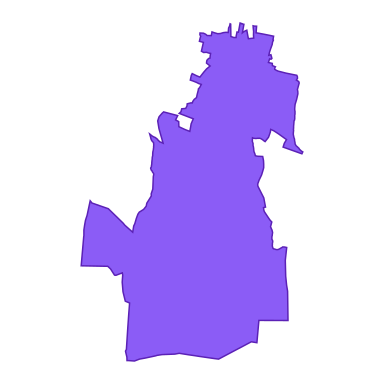 Tixcacalcupul, Yucatán, Mexico (Robinson projection)
{"feature_id": "50627088B72641444034530", "entity_name": "Tixcacalcupul", "entity_type": "district", "adm_level": 2, "iso_a3": "MEX", "parent_name": "Mexico", "parent_adm1": "Yucatán", "projection": "robinson", "projection_center": [-88.305, 20.412], "detail": "fine", "context": "isolated", "style": "filled", "palette": "violet", "viewbox_px": 384, "rotation_deg": 0, "n_neighbors": 0, "source": "geoboundaries", "source_scale": "gbopen_adm2", "svg_char_len": 5765}
<svg xmlns="http://www.w3.org/2000/svg" viewBox="0 0 384 384"><path d="M288.0,320.5L287.6,291.2L286.6,285.1L285.7,276.2L285.3,260.5L285.5,258.5L286.7,247.5L284.9,247.1L284.3,247.0L283.6,247.0L282.8,246.9L282.5,247.1L281.8,247.6L280.4,248.3L279.9,248.7L279.1,249.1L278.4,249.4L277.8,249.6L277.4,249.6L276.4,249.6L275.7,249.4L275.3,249.3L274.9,249.1L274.6,249.0L273.8,248.9L273.5,248.8L273.1,248.5L272.4,246.4L272.3,245.7L272.4,244.7L272.4,243.4L272.7,242.0L272.7,240.9L272.3,239.9L271.9,239.4L271.9,238.1L271.9,236.8L271.9,236.5L272.2,235.8L272.3,234.5L272.5,233.3L272.6,232.5L272.5,232.0L272.2,231.0L272.2,230.7L272.0,230.2L271.8,229.5L271.3,228.7L271.1,227.9L270.9,227.6L270.8,227.4L270.5,226.8L270.6,226.5L271.8,222.0L270.2,220.3L269.7,219.6L268.9,218.5L264.5,211.9L264.1,210.9L263.8,210.1L263.7,208.8L263.5,207.6L265.5,207.1L263.8,197.9L259.4,189.2L257.9,186.2L257.7,184.7L257.9,183.3L258.2,182.7L258.5,181.8L259.0,180.4L259.6,179.1L261.6,174.9L262.7,171.3L263.0,170.3L263.7,167.7L263.7,164.0L263.5,160.5L263.2,159.0L262.7,156.5L259.2,156.3L258.5,156.3L258.3,156.3L258.2,156.3L257.4,156.2L256.4,156.0L255.3,155.7L255.0,154.2L254.4,152.6L254.3,152.3L254.0,151.7L253.9,151.1L253.8,150.0L253.7,149.8L253.7,148.8L253.5,147.3L253.4,146.7L253.1,145.7L253.0,144.9L253.1,143.9L253.0,143.4L252.7,142.4L252.4,141.6L252.3,141.0L252.4,140.5L252.4,140.2L252.4,139.4L252.4,138.7L252.5,137.8L253.4,138.2L253.8,138.3L255.7,138.5L256.1,138.5L257.3,138.3L257.9,138.3L258.6,138.3L258.8,138.3L259.4,138.2L260.0,138.4L260.5,138.5L261.0,138.7L261.4,139.0L261.8,139.2L262.7,139.8L263.3,140.3L263.6,140.5L264.0,140.9L265.1,141.6L268.5,137.3L269.5,134.5L270.3,132.2L270.5,130.9L270.7,129.4L273.8,130.8L276.9,132.8L278.7,134.0L286.5,139.6L284.3,143.3L283.1,147.1L301.9,153.8L302.8,151.9L302.1,151.5L301.2,150.9L300.6,150.3L299.6,149.4L298.8,148.1L298.1,147.6L297.7,147.1L297.4,146.8L297.1,146.6L296.4,146.0L295.9,145.5L295.6,144.8L295.1,143.9L295.0,142.5L294.8,141.6L294.6,141.0L294.6,140.0L294.4,138.7L294.1,138.0L293.9,137.5L293.8,136.9L293.3,134.4L293.3,133.6L293.4,132.2L293.5,131.4L293.6,130.1L293.4,129.3L293.6,128.2L293.6,126.4L293.8,124.1L294.0,121.3L294.2,120.5L294.5,120.2L294.7,119.0L294.8,118.0L294.7,117.3L294.8,116.6L294.7,116.1L294.7,115.7L294.9,114.7L295.0,113.8L295.0,112.7L295.0,111.1L294.8,110.6L294.7,109.0L294.8,107.3L295.1,104.4L296.6,99.5L297.9,93.8L297.8,91.4L297.6,90.5L297.4,89.4L297.7,88.5L299.2,83.0L298.7,81.5L296.4,80.1L297.5,78.3L297.4,76.7L296.8,75.3L285.9,73.1L278.1,71.1L276.5,70.4L274.7,69.3L274.8,67.9L275.2,67.1L275.4,66.8L272.4,65.6L272.3,63.4L268.4,62.5L269.6,58.9L271.1,59.2L271.9,58.5L271.7,57.5L270.9,54.7L268.8,55.3L269.6,51.9L270.7,48.6L272.2,44.5L272.5,42.3L273.4,40.1L273.0,39.7L273.6,36.2L269.4,35.3L263.4,34.1L258.5,33.2L256.1,32.8L256.6,26.2L254.3,26.1L253.1,25.8L253.2,27.7L253.6,31.6L253.5,34.2L253.5,35.6L253.7,38.1L248.4,38.7L247.8,35.7L246.8,30.2L245.4,30.8L243.7,31.8L242.4,32.8L243.9,24.3L242.9,24.1L242.2,23.7L241.6,23.8L241.3,23.4L240.1,23.0L238.4,32.2L237.0,32.0L236.2,35.9L236.1,37.5L233.8,37.5L230.9,36.5L230.7,25.8L230.7,24.1L230.1,23.8L229.6,26.0L228.6,28.0L228.2,32.5L226.0,32.3L223.4,32.6L220.4,33.5L217.7,33.7L214.2,32.7L212.0,31.9L211.3,35.6L207.1,35.5L205.6,34.2L203.5,33.2L200.0,33.0L199.9,34.8L200.7,36.2L200.1,38.2L199.4,41.3L203.4,42.4L201.4,51.2L203.6,52.5L206.4,52.3L209.0,53.1L210.6,53.4L210.2,55.7L210.0,58.1L208.8,58.4L207.8,59.3L207.0,60.2L206.7,61.2L206.5,63.1L210.1,66.0L206.6,68.9L203.8,72.1L199.9,77.1L196.5,75.7L192.2,73.6L191.3,75.4L190.3,80.1L192.7,80.9L196.5,82.4L198.8,83.6L201.3,84.4L199.8,87.3L198.3,89.1L198.4,89.7L197.2,94.3L196.5,97.6L194.2,99.4L192.8,101.4L192.3,102.9L190.8,102.9L187.2,103.8L187.0,105.9L185.7,108.4L181.7,108.8L181.0,111.7L179.2,113.4L193.3,118.8L191.1,123.9L190.7,126.6L189.8,131.4L186.7,130.2L184.7,129.4L178.9,126.7L178.7,121.6L175.6,119.9L177.7,115.6L163.6,111.9L163.1,112.4L162.5,112.9L161.9,113.5L161.3,114.2L159.7,116.0L159.0,116.9L157.7,120.9L158.9,128.3L159.2,129.5L163.1,143.2L162.4,142.9L161.6,142.5L160.8,142.2L159.9,141.9L159.5,141.5L159.1,141.1L158.2,140.3L157.9,139.9L157.6,139.6L157.5,139.3L156.9,138.8L156.3,138.3L155.2,137.5L154.6,137.2L153.7,136.9L152.9,136.4L152.2,136.0L151.5,135.5L150.5,134.6L149.7,134.0L150.0,135.0L150.1,135.3L150.2,135.9L150.4,136.3L150.5,136.9L150.7,137.6L150.8,138.3L151.0,138.7L151.1,139.1L151.1,139.4L151.5,140.1L151.7,140.6L152.2,141.2L153.0,142.1L153.5,142.5L153.7,144.3L153.7,145.3L153.7,146.1L153.6,146.3L153.6,146.8L153.6,147.1L153.6,147.7L153.4,148.9L153.4,149.3L153.3,150.0L153.1,150.8L153.0,151.3L152.8,152.1L152.8,152.4L152.8,153.2L152.7,153.6L152.7,154.0L152.7,154.3L152.7,154.9L152.7,155.5L152.4,156.7L152.2,157.9L152.2,159.0L152.1,159.7L152.0,160.4L151.9,161.5L151.8,162.3L151.8,162.7L151.8,163.5L151.6,165.0L151.4,165.9L151.4,166.8L151.1,167.3L150.7,167.9L150.7,168.3L150.7,168.7L151.0,169.2L151.1,169.6L151.3,170.2L151.9,170.7L152.1,171.2L152.6,172.2L153.1,172.8L153.6,173.6L153.7,174.0L153.7,174.4L153.6,175.1L153.3,176.5L152.8,189.1L151.2,193.8L151.3,196.0L146.8,203.2L146.2,206.2L143.6,209.4L141.7,210.6L139.3,212.1L137.9,214.2L136.3,218.5L134.8,223.7L133.7,226.0L132.7,232.2L124.8,225.2L123.2,223.2L108.3,208.7L91.9,203.0L91.2,202.0L90.2,200.8L87.1,215.3L85.5,220.2L84.6,225.2L83.9,230.0L83.9,235.6L83.7,236.8L81.2,265.8L107.8,266.3L110.6,269.0L114.5,275.1L115.9,275.3L122.3,272.9L122.7,275.1L122.2,282.2L122.4,284.5L123.0,291.8L125.3,301.2L129.6,303.0L128.8,313.2L127.7,329.1L126.4,349.4L125.5,351.1L126.0,353.4L126.9,357.2L127.0,360.6L128.7,360.6L134.5,361.0L139.5,359.1L145.0,358.1L155.8,355.8L156.9,355.4L162.0,354.6L174.9,354.1L179.2,353.3L188.7,354.8L194.9,355.7L199.3,356.4L214.6,358.6L218.6,359.1L251.3,341.8L256.9,342.7L258.9,320.4L288.0,320.5Z" fill="#8b5cf6" stroke="#5b21b6" stroke-width="1.5"/></svg>